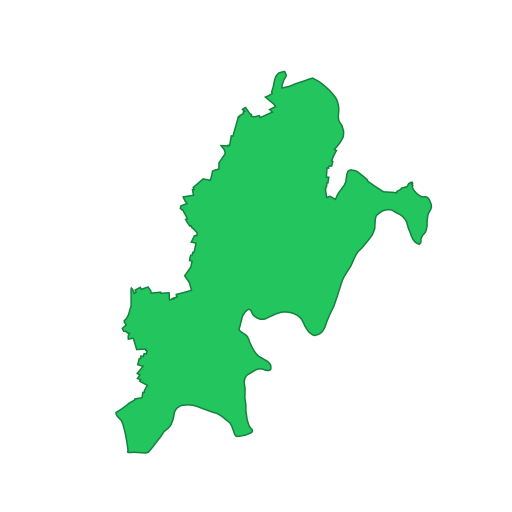 the district of Ung Hoa, Ha Noi, Vietnam, rotated 252°
{"feature_id": "81297802B95308085705563", "entity_name": "Ung Hoa", "entity_type": "district", "adm_level": 2, "iso_a3": "VNM", "parent_name": "Vietnam", "parent_adm1": "Ha Noi", "projection": "robinson", "projection_center": [105.789, 20.711], "detail": "fine", "context": "isolated", "style": "filled", "palette": "green", "viewbox_px": 512, "rotation_deg": 252, "n_neighbors": 0, "source": "geoboundaries", "source_scale": "gbopen_adm2", "svg_char_len": 6128}
<svg xmlns="http://www.w3.org/2000/svg" viewBox="0 0 512 512"><g transform="rotate(252 256 256)"><path d="M109.0,73.4L108.4,74.3L108.0,75.4L107.1,79.1L102.8,90.1L102.6,91.7L102.6,92.3L102.9,93.4L106.5,99.2L108.1,101.3L113.5,109.4L117.0,113.7L117.6,114.8L119.4,119.5L121.1,122.2L122.2,123.4L125.4,126.0L127.1,127.2L132.5,130.1L134.2,131.7L135.5,133.5L136.0,134.5L136.8,137.2L136.8,139.5L136.2,142.4L135.6,144.7L135.0,146.5L133.7,149.5L132.4,151.7L130.9,153.8L128.3,156.9L120.3,167.2L118.8,169.6L117.6,170.9L114.9,173.3L112.5,175.0L105.1,179.7L101.5,180.4L93.0,180.6L92.3,180.7L90.9,181.4L90.5,181.8L90.1,182.8L89.8,183.7L89.0,190.2L89.0,192.6L89.3,195.9L89.6,197.3L90.1,198.2L90.7,198.6L91.4,198.8L92.5,198.5L93.7,197.9L95.9,197.1L96.9,196.9L103.0,197.0L112.3,198.6L117.3,200.3L124.6,201.6L132.6,204.4L135.7,205.1L138.3,205.4L140.5,206.2L142.9,207.5L144.6,209.2L145.7,211.1L146.3,214.5L147.2,218.0L147.7,220.4L147.8,221.6L147.7,223.7L147.1,226.1L146.0,227.8L144.3,230.0L143.4,231.8L143.2,232.5L143.2,233.6L143.5,234.8L144.5,235.4L146.3,236.0L148.1,236.2L148.8,236.0L150.6,235.3L152.4,234.3L160.0,227.4L163.5,225.8L166.6,224.8L170.7,224.0L174.4,223.6L176.2,223.3L178.8,223.4L181.9,222.9L183.2,222.4L184.5,221.6L188.2,218.6L190.2,217.4L191.1,217.3L191.9,217.3L193.8,218.8L202.4,224.2L203.6,225.3L205.8,227.9L206.3,228.7L207.4,231.3L207.5,232.5L207.3,233.0L206.7,233.8L205.8,234.3L202.4,234.7L201.4,234.9L199.4,235.8L198.2,236.6L197.1,237.5L195.4,239.4L194.6,240.4L193.8,242.5L193.3,244.9L193.4,246.1L193.8,248.4L194.7,256.5L194.8,259.7L194.7,262.7L194.0,265.8L193.6,266.8L192.7,269.0L191.1,272.0L190.1,273.5L187.0,276.8L184.7,278.4L183.5,279.0L181.2,279.9L180.3,280.1L179.1,280.2L177.8,280.5L174.5,280.8L171.3,281.5L167.9,282.6L166.4,283.3L163.5,285.5L162.7,286.5L162.3,287.3L162.2,287.7L162.2,291.6L162.7,293.8L163.6,295.5L164.9,297.3L166.5,299.0L168.4,300.6L171.6,303.0L176.9,307.5L184.4,314.7L191.6,320.1L202.5,327.9L206.7,331.1L209.5,333.8L217.3,343.2L223.1,348.4L225.7,350.9L227.4,352.9L228.7,354.6L230.7,358.7L232.6,362.0L237.7,369.8L240.1,373.0L241.7,374.5L245.4,377.4L252.9,380.3L254.4,381.0L256.1,382.0L256.7,382.5L257.5,383.6L258.2,385.1L259.5,389.2L259.8,390.9L259.6,394.5L258.9,397.2L258.2,398.5L257.6,399.5L253.7,402.9L250.7,405.9L248.5,407.5L244.8,409.1L241.8,409.7L234.6,409.5L230.1,409.9L226.3,410.0L223.1,410.5L221.1,411.2L219.8,411.8L218.7,412.6L218.0,413.3L217.4,414.2L216.7,414.7L217.5,416.6L218.3,417.1L220.9,418.0L222.6,419.3L224.5,421.3L225.4,423.1L226.2,424.3L227.9,425.9L232.3,428.2L236.1,429.4L241.4,431.9L242.6,432.7L243.7,433.7L245.7,435.9L247.1,437.2L248.0,437.8L250.2,438.5L251.1,438.6L254.3,438.4L256.3,438.2L257.9,437.6L258.9,436.9L259.5,436.3L259.9,435.6L260.5,433.4L261.1,432.1L262.0,431.0L263.8,429.5L265.7,428.2L270.0,426.3L271.2,426.0L273.0,426.1L274.0,426.3L274.7,426.9L275.4,426.8L275.7,426.3L276.4,426.1L276.7,427.4L277.8,427.4L278.1,427.1L278.1,425.9L277.7,423.7L277.0,422.8L275.7,421.9L275.4,421.4L275.3,420.5L275.6,415.3L274.8,414.4L274.5,413.7L274.3,413.1L274.2,411.6L273.9,410.1L272.7,409.2L274.2,405.9L277.6,397.2L285.5,390.7L292.6,385.4L294.1,385.4L294.8,385.0L299.1,382.4L304.3,378.9L305.3,378.1L306.9,376.1L307.9,373.9L308.3,373.5L308.6,372.5L308.6,370.7L307.9,369.4L305.6,367.6L298.8,364.3L296.0,361.8L290.8,354.4L288.5,351.9L285.3,349.0L289.6,345.1L289.9,344.8L289.8,341.3L298.5,342.7L298.5,343.1L300.3,344.0L300.2,344.6L303.6,346.0L303.3,347.0L308.4,349.6L309.3,347.3L317.9,350.8L317.1,352.2L318.9,353.0L318.2,355.8L322.2,358.3L323.0,357.2L327.1,360.6L331.5,365.1L333.2,363.5L335.0,366.7L337.4,370.3L338.6,371.8L341.7,375.2L343.0,376.1L344.8,376.9L346.6,377.6L348.1,377.9L353.2,378.1L354.8,377.7L357.9,376.8L359.1,376.7L360.2,376.8L362.1,377.1L364.3,377.8L368.5,379.6L371.3,380.5L373.7,380.9L377.2,381.1L379.5,381.1L381.8,380.7L384.5,379.8L391.0,377.0L397.1,373.5L402.0,370.2L407.7,364.8L407.8,361.7L407.6,354.7L407.6,346.4L407.2,342.6L407.1,339.2L407.8,332.5L410.5,333.7L412.0,334.7L414.8,336.9L416.1,338.5L418.0,340.4L418.6,340.7L422.6,340.3L422.9,339.1L423.0,334.3L422.1,332.5L421.1,330.9L419.9,329.7L416.3,327.3L411.0,324.3L407.2,321.6L405.5,321.6L404.5,317.1L404.2,314.0L395.1,319.8L392.0,320.7L391.1,314.2L387.8,316.1L386.3,302.8L388.5,302.5L388.7,298.9L389.1,297.0L389.6,295.8L390.8,294.5L391.8,295.4L393.6,294.0L395.1,293.6L400.4,292.0L400.1,289.6L399.4,288.4L397.1,290.0L397.0,288.6L395.3,287.7L394.6,284.1L393.5,283.4L394.1,282.4L385.5,276.7L382.0,274.3L377.2,271.2L377.9,269.6L369.2,265.0L370.0,263.6L369.3,263.2L370.4,260.8L371.8,256.9L367.5,258.5L365.0,258.7L362.8,258.3L356.1,249.6L350.2,247.6L350.4,244.3L350.2,240.9L347.2,239.3L343.8,237.2L343.5,236.8L342.1,235.9L345.7,229.6L340.6,217.5L338.4,217.5L338.8,216.1L333.1,215.3L334.7,205.1L334.2,204.9L330.1,205.6L327.2,206.5L326.8,199.8L325.8,199.6L324.8,198.7L322.8,199.7L322.8,200.5L312.6,202.3L312.5,200.3L307.6,201.5L304.8,202.4L305.0,203.5L302.0,204.0L301.9,204.6L296.4,207.1L295.7,207.0L293.6,205.9L294.1,205.0L294.2,203.6L289.2,198.7L286.8,202.9L281.1,199.7L278.6,198.1L279.0,197.1L276.8,195.7L276.9,194.3L275.2,192.9L272.2,191.4L270.8,193.6L265.7,190.6L259.2,182.0L251.3,184.4L243.3,184.1L243.7,174.1L244.1,168.2L241.5,168.3L241.4,164.7L240.6,164.7L240.7,164.1L241.4,163.9L241.2,162.4L240.6,161.6L241.0,160.1L247.8,162.0L249.9,154.1L251.1,154.1L253.1,144.7L255.2,145.2L259.9,143.7L259.7,136.8L262.0,136.2L260.9,130.5L258.6,130.8L258.1,128.5L260.4,128.6L262.8,128.1L264.0,127.6L263.0,126.9L247.4,121.9L239.3,116.4L236.5,113.3L235.3,110.7L234.1,110.7L233.8,110.3L230.5,111.3L228.5,106.5L225.3,106.9L224.0,109.6L222.6,109.8L221.6,111.8L219.7,109.9L218.6,109.4L216.3,108.9L215.9,113.0L215.4,113.9L203.9,113.6L201.6,122.3L200.3,121.9L199.3,123.2L196.8,121.2L197.7,119.4L195.3,117.6L196.4,115.7L194.1,114.4L194.5,113.3L189.2,109.9L186.0,114.5L181.0,106.7L178.7,108.8L176.2,105.4L173.9,108.1L172.8,106.7L166.6,112.7L162.4,108.2L160.9,107.7L161.2,106.2L156.4,103.8L157.5,96.8L156.4,95.6L155.4,90.3L153.8,86.3L152.0,80.7L150.4,74.5L148.8,74.2L148.0,74.2L146.1,74.7L141.8,76.8L140.4,77.2L137.5,77.4L135.1,77.4L128.2,76.9L118.8,75.7L111.1,74.3L109.0,73.4Z" fill="#22c55e" stroke="#15803d" stroke-width="1.5"/></g></svg>